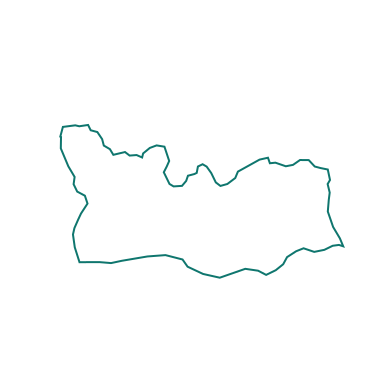 Kalmar, Kalmar, Sweden, rotated 64°
{"feature_id": "70781695B81651026792808", "entity_name": "Kalmar", "entity_type": "district", "adm_level": 2, "iso_a3": "SWE", "parent_name": "Sweden", "parent_adm1": "Kalmar", "projection": "orthographic", "projection_center": [16.122, 56.719], "detail": "fine", "context": "isolated", "style": "outline", "palette": "teal", "viewbox_px": 384, "rotation_deg": 64, "n_neighbors": 0, "source": "geoboundaries", "source_scale": "gbopen_adm2", "svg_char_len": 1299}
<svg xmlns="http://www.w3.org/2000/svg" viewBox="0 0 384 384"><g transform="rotate(64 192 192)"><path d="M205.8,323.9L206.3,322.8L214.4,306.0L220.4,295.9L223.1,285.1L230.4,260.3L237.1,243.5L248.5,230.1L257.2,228.7L270.5,218.0L281.2,204.6L284.4,177.8L291.7,167.1L299.0,161.7L299.0,151.0L296.9,141.7L292.2,135.1L290.9,124.4L291.5,116.4L299.4,108.4L302.0,98.4L302.0,89.1L304.0,83.1L307.1,79.9L298.5,79.4L285.3,80.5L269.1,78.5L259.0,72.5L252.9,68.5L244.3,66.6L241.7,62.7L231.3,60.1L230.7,60.9L226.8,66.0L222.9,70.5L214.5,73.1L210.6,80.9L211.9,89.3L210.0,96.4L207.4,99.0L202.2,104.2L200.3,109.4L194.5,108.7L192.5,117.1L193.8,141.8L198.4,147.0L200.3,156.7L199.0,163.8L193.8,166.4L183.4,166.4L175.6,167.7L171.7,170.3L171.7,175.5L176.9,179.4L176.9,182.0L175.6,188.5L179.5,192.4L182.1,198.3L178.9,206.1L174.9,208.7L161.9,208.7L158.0,203.5L154.1,198.9L139.2,196.9L134.6,203.4L133.9,210.6L135.9,219.0L139.1,221.7L134.5,225.6L131.9,232.1L126.7,234.7L124.1,246.4L117.5,247.0L111.6,250.9L105.1,249.6L96.6,250.8L92.1,256.0L86.3,256.0L86.2,256.0L83.5,264.5L80.9,267.7L76.9,279.5L84.5,286.1L85.1,285.6L95.3,290.8L114.7,291.9L127.0,290.9L133.1,295.0L141.3,295.0L148.4,289.9L156.6,291.0L162.7,301.2L166.8,306.3L172.9,313.5L178.0,317.6L190.3,321.6L205.8,323.9Z" fill="none" stroke="#0f766e" stroke-width="2"/></g></svg>